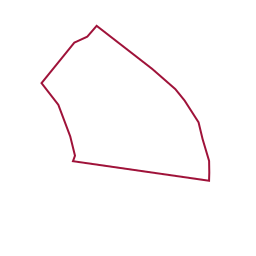 outline of 40, Ad Dawhah, Qatar, rotated 220°
{"feature_id": "91078587B42486259491848", "entity_name": "40", "entity_type": "district", "adm_level": 2, "iso_a3": "QAT", "parent_name": "Qatar", "parent_adm1": "Ad Dawhah", "projection": "albers", "projection_center": [51.511, 25.262], "detail": "fine", "context": "isolated", "style": "outline", "palette": "rose", "viewbox_px": 256, "rotation_deg": 220, "n_neighbors": 0, "source": "geoboundaries", "source_scale": "gbopen_adm2", "svg_char_len": 373}
<svg xmlns="http://www.w3.org/2000/svg" viewBox="0 0 256 256"><g transform="rotate(220 128 128)"><path d="M32.0,139.7L37.0,146.0L44.7,154.9L63.8,167.5L77.6,177.7L102.3,185.4L116.7,188.2L147.5,188.8L217.7,186.1L217.7,185.4L217.9,171.8L224.0,158.9L223.1,106.8L196.3,101.0L166.8,84.4L150.8,72.7L148.8,67.2L32.0,139.7Z" fill="none" stroke="#9f1239" stroke-width="2"/></g></svg>